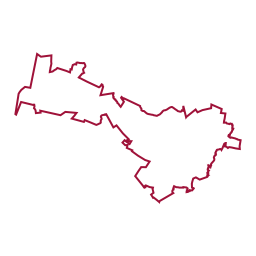 the district of Jocotitlán, México, Mexico
{"feature_id": "50627088B17395030274981", "entity_name": "Jocotitlán", "entity_type": "district", "adm_level": 2, "iso_a3": "MEX", "parent_name": "Mexico", "parent_adm1": "México", "projection": "robinson", "projection_center": [-99.823, 19.716], "detail": "fine", "context": "isolated", "style": "outline", "palette": "rose", "viewbox_px": 256, "rotation_deg": 0, "n_neighbors": 0, "source": "geoboundaries", "source_scale": "gbopen_adm2", "svg_char_len": 5739}
<svg xmlns="http://www.w3.org/2000/svg" viewBox="0 0 256 256"><path d="M51.4,55.4L41.0,56.7L40.6,56.5L37.1,54.0L30.3,87.8L25.0,86.9L21.3,89.9L19.6,92.1L18.6,93.8L18.0,97.8L15.4,114.1L16.1,114.6L21.1,102.0L33.8,105.1L34.1,103.9L34.5,106.3L34.0,108.2L35.2,109.5L35.6,110.7L35.9,113.1L40.6,112.6L40.3,110.7L60.5,115.2L65.3,111.9L76.5,112.9L74.4,115.7L71.8,118.6L83.9,121.9L84.7,120.1L91.1,122.7L96.3,124.9L97.4,124.5L100.4,123.1L100.8,122.4L100.7,121.1L100.9,120.1L101.4,119.3L101.6,118.9L101.5,118.3L101.3,117.7L100.9,117.0L100.9,116.6L101.0,116.2L101.2,115.9L101.7,115.4L102.0,115.3L103.5,114.9L104.6,114.9L104.9,114.9L105.0,114.4L106.2,114.2L113.4,127.4L116.5,125.4L122.9,133.4L128.7,139.2L127.0,140.2L127.8,141.0L131.3,141.2L129.6,144.0L126.1,141.5L124.6,140.2L122.5,142.6L122.9,143.0L125.2,145.2L127.6,145.0L126.8,147.9L132.3,150.3L131.9,151.2L137.9,155.6L145.1,160.0L149.6,161.5L145.9,167.2L141.2,167.1L138.7,170.7L135.2,176.1L142.9,185.7L144.1,187.5L144.4,187.7L144.7,187.6L145.0,186.3L145.6,186.7L146.0,185.5L149.7,187.1L153.0,187.6L152.9,188.1L152.5,188.7L153.5,192.8L151.1,194.6L153.1,197.8L153.6,197.5L156.7,199.9L159.2,202.0L159.3,201.3L159.9,200.9L173.3,193.1L172.3,192.0L172.4,190.6L172.7,190.1L173.5,189.6L173.2,188.8L173.7,188.3L173.5,187.4L174.0,186.5L174.1,186.2L176.2,187.2L178.1,187.3L179.4,187.6L183.2,187.6L183.3,187.1L186.5,187.5L187.6,188.4L186.7,191.2L186.9,191.3L186.7,192.1L187.4,192.0L187.3,191.8L187.2,191.4L187.6,191.6L187.8,191.3L187.9,191.2L188.4,191.2L188.5,190.7L188.9,190.5L188.8,191.2L189.7,191.2L189.8,191.1L189.5,190.5L189.6,190.3L190.4,190.3L191.6,190.4L192.1,190.4L193.8,188.4L193.7,188.2L192.0,187.6L191.9,185.3L191.9,184.1L191.8,183.9L192.0,183.0L192.2,182.0L192.6,180.6L192.7,180.3L193.2,178.6L193.3,178.5L195.9,177.4L199.7,179.6L207.0,177.0L207.2,176.9L207.2,176.6L207.7,176.3L207.8,176.1L207.6,175.8L207.3,175.6L207.4,175.4L207.4,175.1L207.5,175.0L207.8,175.0L207.7,174.6L207.6,174.1L207.9,174.2L207.7,173.9L207.6,173.7L207.8,173.5L207.4,173.4L207.4,173.1L207.9,172.8L208.1,172.3L207.8,172.1L208.1,171.8L208.1,171.4L208.4,171.1L208.3,170.9L208.2,170.7L208.3,170.5L208.6,170.4L208.4,170.2L208.1,170.1L208.0,169.7L207.7,169.6L207.7,169.2L208.0,168.3L208.2,168.2L208.2,167.9L208.4,167.8L208.4,167.7L208.7,167.6L208.8,167.4L208.7,167.0L209.0,167.3L209.3,166.9L209.1,166.6L209.1,166.2L209.4,166.2L209.3,165.6L209.7,165.8L210.1,166.0L210.3,166.1L210.6,166.7L210.8,166.0L211.1,165.6L211.2,165.3L211.0,164.3L211.2,163.7L213.7,160.9L214.2,160.1L214.3,159.8L214.3,159.0L214.2,158.4L214.0,158.1L213.9,157.8L213.9,157.2L214.5,155.9L214.8,155.8L215.1,155.2L215.3,154.9L215.5,154.7L215.7,155.0L215.9,154.8L215.6,154.3L215.7,153.8L215.4,153.6L215.4,153.1L215.7,153.1L215.6,152.7L215.9,151.8L215.9,151.6L216.1,151.5L216.4,150.8L216.6,150.7L216.7,150.3L216.9,150.1L216.9,149.9L217.2,149.7L218.8,149.5L220.0,149.0L220.3,149.2L220.6,149.1L221.3,149.5L221.5,149.9L222.4,148.3L224.3,143.7L225.1,143.2L225.6,143.0L225.8,143.0L225.7,144.1L225.4,146.3L225.3,146.5L226.3,146.7L226.7,146.9L227.3,147.5L227.9,148.0L229.1,147.1L231.7,147.5L235.7,148.4L239.0,148.9L239.8,149.0L239.6,146.2L240.6,140.2L237.8,139.6L237.4,139.3L237.2,139.3L236.9,139.0L235.7,138.7L235.2,138.4L233.8,138.1L232.7,137.8L230.2,137.2L230.2,137.6L229.9,137.5L229.9,137.2L229.1,136.9L228.9,136.6L228.4,136.3L228.4,135.9L228.6,135.5L229.0,135.2L229.8,135.0L229.8,134.9L229.6,134.7L230.0,134.6L230.1,133.9L230.3,133.4L230.7,133.2L231.2,132.7L231.3,132.1L231.6,131.8L231.9,131.7L232.0,130.9L232.2,130.6L232.3,129.8L232.5,129.6L232.7,129.2L232.9,129.1L233.1,129.2L233.3,128.6L233.0,128.5L232.8,128.2L232.6,128.3L232.5,128.6L232.3,128.6L232.2,128.2L232.3,127.2L232.5,126.7L232.4,126.5L232.7,125.8L232.6,125.7L232.3,125.6L232.1,125.2L232.4,124.5L232.3,124.4L232.0,124.4L231.8,123.9L231.4,124.0L231.0,123.9L230.7,123.6L230.3,123.5L230.0,123.6L229.4,124.1L228.1,123.7L226.7,123.4L226.0,122.5L224.6,122.7L223.9,122.7L224.1,120.9L224.6,118.8L225.4,113.5L220.9,113.0L221.7,109.0L211.4,104.5L211.1,108.2L202.5,110.1L197.5,112.3L195.6,109.5L186.4,116.9L186.1,117.3L183.3,105.9L183.2,110.8L181.8,110.4L181.5,111.2L181.0,111.6L180.5,111.7L180.2,111.7L178.6,111.3L177.8,111.1L176.9,110.3L175.2,109.2L173.5,107.9L172.0,107.0L171.6,107.0L170.8,107.2L169.6,107.7L166.8,109.6L165.4,110.2L164.0,110.4L163.4,110.7L162.4,111.5L162.1,112.2L161.6,112.6L161.4,112.9L160.7,113.5L160.3,114.0L159.6,114.5L157.7,115.4L157.0,115.8L156.5,115.8L154.8,115.4L154.1,115.3L153.6,115.2L152.8,114.8L151.7,114.7L149.3,114.2L148.1,114.0L147.5,113.7L146.7,113.4L144.3,111.3L143.8,111.0L142.8,111.0L142.1,110.7L141.4,110.2L141.4,108.8L141.4,108.7L141.2,108.3L140.8,107.9L140.4,107.4L140.1,106.4L140.1,106.0L124.1,98.4L123.8,98.9L121.6,97.0L121.1,97.8L123.9,101.8L120.7,106.8L119.9,105.9L118.3,103.6L117.3,102.9L117.3,102.2L117.0,101.6L116.7,101.4L116.5,101.2L116.3,101.2L116.1,100.9L116.1,100.5L115.9,100.4L115.4,99.9L115.3,99.5L115.1,99.5L115.1,99.3L114.8,99.2L114.6,99.3L113.4,97.8L113.3,97.7L113.4,97.4L113.6,97.4L113.7,97.1L113.7,96.8L113.2,96.2L113.0,94.4L113.6,93.8L113.5,93.1L100.5,95.2L103.1,86.9L102.8,86.6L102.8,86.4L102.9,86.1L102.4,85.5L102.1,85.6L101.9,85.5L102.0,85.3L102.4,85.3L102.4,85.2L102.0,85.3L101.8,85.2L102.1,84.7L101.9,84.4L101.7,84.3L100.5,86.0L100.3,86.2L99.8,86.8L99.0,87.3L86.9,81.6L78.8,77.5L79.1,77.1L82.2,73.6L82.8,73.5L84.1,72.8L83.6,72.0L83.5,71.5L83.1,69.8L83.1,69.3L84.0,67.9L85.1,67.0L85.4,66.2L85.3,65.3L84.5,63.5L84.2,63.1L83.8,63.0L82.6,63.2L81.0,63.0L80.1,63.1L79.0,62.8L77.3,62.5L76.5,62.7L76.2,64.5L74.7,64.2L72.8,65.0L72.1,67.3L71.7,69.5L70.5,69.2L70.0,72.4L66.3,70.9L57.3,68.0L56.5,68.9L55.7,69.5L54.5,70.1L52.6,71.5L49.8,72.1L50.0,70.2L50.2,69.8L50.5,67.6L50.8,66.5L51.4,63.7L51.2,61.7L51.4,55.4Z" fill="none" stroke="#9f1239" stroke-width="2"/></svg>